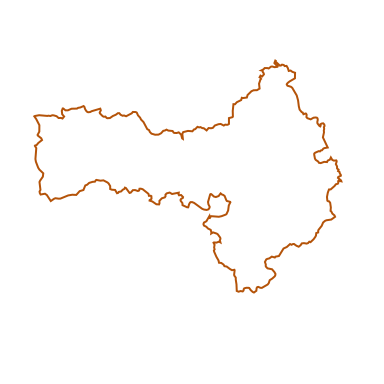 Luc Nam, Bắc Giang, Vietnam, rotated 168°
{"feature_id": "81297802B23878626253121", "entity_name": "Luc Nam", "entity_type": "district", "adm_level": 2, "iso_a3": "VNM", "parent_name": "Vietnam", "parent_adm1": "Bắc Giang", "projection": "albers", "projection_center": [106.454, 21.304], "detail": "fine", "context": "isolated", "style": "outline", "palette": "amber", "viewbox_px": 384, "rotation_deg": 168, "n_neighbors": 0, "source": "geoboundaries", "source_scale": "gbopen_adm2", "svg_char_len": 5983}
<svg xmlns="http://www.w3.org/2000/svg" viewBox="0 0 384 384"><g transform="rotate(168 192 192)"><path d="M198.3,255.7L202.4,257.0L204.0,258.3L205.6,257.8L207.4,257.8L210.0,255.9L212.8,255.1L216.2,255.7L219.5,257.5L220.8,259.6L221.1,261.4L222.7,262.8L224.9,270.5L226.8,273.5L227.3,275.5L228.9,278.2L229.5,281.1L230.4,281.9L233.2,282.6L234.6,281.5L240.7,279.8L242.6,281.0L244.0,281.0L245.8,282.4L246.7,284.2L248.1,284.5L250.5,283.4L253.6,282.8L256.9,281.4L259.5,281.8L260.1,282.2L261.0,283.8L262.5,283.9L263.6,284.7L265.7,288.0L265.8,288.8L264.2,290.9L264.4,292.6L273.3,291.9L275.0,291.4L277.0,291.6L277.8,292.1L278.7,293.5L279.3,295.3L279.6,297.8L280.2,298.6L283.7,297.9L285.9,298.0L287.2,297.5L292.5,298.5L296.4,297.7L298.8,298.2L300.6,300.5L301.1,300.6L302.5,298.4L302.8,295.0L301.4,292.4L303.4,290.8L304.8,291.7L307.1,292.1L308.7,294.3L311.5,295.8L312.8,296.1L314.7,295.8L316.6,296.5L317.7,296.5L325.6,298.9L329.9,299.0L330.5,298.8L329.2,295.7L327.4,289.1L328.8,282.8L331.2,279.9L331.1,279.3L328.3,275.9L327.9,274.0L332.0,272.0L334.3,270.2L335.8,270.1L336.1,269.8L335.2,267.3L338.3,256.8L338.4,254.0L337.4,247.7L336.6,245.6L333.6,241.2L334.7,238.0L338.2,234.7L339.1,233.5L339.8,225.6L341.0,224.2L341.1,222.6L340.6,221.0L336.2,220.9L334.6,219.2L332.0,212.5L328.2,214.1L326.9,214.3L323.8,213.2L322.1,212.9L313.8,214.4L309.6,214.2L305.8,213.2L301.7,216.2L297.8,216.5L295.0,220.6L293.1,220.9L290.7,222.3L287.0,222.6L284.8,222.3L283.6,223.5L283.0,223.7L279.2,222.1L276.2,221.8L272.7,218.9L271.8,217.7L270.8,214.8L271.4,211.9L269.9,210.9L266.8,210.0L265.6,206.4L264.4,206.5L263.6,207.3L261.2,207.3L259.3,208.6L257.5,209.1L256.7,210.2L255.8,209.6L253.3,204.1L252.1,204.1L249.4,206.1L247.2,205.7L244.7,204.2L243.4,204.5L242.7,206.1L241.4,205.9L239.7,205.0L235.0,199.3L234.9,197.2L233.1,196.9L232.6,196.4L233.0,193.9L233.7,193.3L235.1,192.9L235.3,192.4L232.8,191.0L229.4,187.4L226.8,186.7L226.2,187.6L225.7,190.1L222.8,192.1L219.7,192.4L218.8,193.3L218.5,194.9L217.1,195.9L214.0,196.1L211.9,194.2L205.1,194.1L205.7,192.5L205.4,191.5L203.3,191.3L201.8,188.9L202.2,188.1L204.1,187.5L204.9,186.6L204.9,185.7L203.7,183.1L204.0,181.1L200.0,178.1L198.9,177.8L197.4,180.6L196.2,182.0L195.5,182.4L194.0,182.1L192.2,180.9L185.4,173.3L183.8,172.3L181.4,171.4L179.5,171.6L178.1,173.0L177.8,173.9L178.5,176.5L178.4,178.9L174.7,185.9L174.0,186.1L173.5,185.8L171.5,183.0L169.7,182.1L166.8,182.5L164.3,184.7L163.1,183.2L162.0,182.6L160.9,181.3L160.2,177.1L159.8,176.0L156.7,174.4L156.6,174.0L158.8,171.2L160.5,166.4L162.8,163.3L163.6,162.9L168.1,162.2L170.9,162.2L178.4,164.4L180.0,162.8L180.3,162.9L180.1,164.7L184.0,160.4L186.7,159.6L187.5,158.2L187.3,156.7L185.2,155.0L183.9,152.9L181.6,151.1L181.4,148.4L181.8,147.4L179.8,148.1L176.5,146.2L175.6,145.3L173.9,141.5L173.9,140.3L174.8,138.9L174.7,136.8L175.9,137.8L178.6,137.4L181.0,138.1L181.5,137.9L180.9,135.7L181.9,133.1L181.8,131.2L182.8,130.1L182.7,128.8L181.6,123.5L180.3,119.5L180.3,117.2L178.1,116.5L176.2,114.4L175.7,112.7L173.6,111.9L170.9,108.8L169.1,107.2L166.7,107.1L166.6,106.5L168.0,102.3L168.0,101.4L167.0,99.2L167.4,97.3L167.7,92.4L168.8,85.9L167.2,84.8L165.0,85.0L163.1,84.2L162.1,84.9L161.6,86.2L160.9,86.9L158.9,87.0L156.8,86.6L156.0,86.2L154.9,83.7L153.4,81.6L152.3,80.8L149.6,82.0L148.8,84.5L147.9,85.4L146.9,85.4L145.1,84.1L143.6,83.7L137.2,85.8L135.9,86.9L134.3,89.6L131.6,90.6L128.6,92.3L127.8,93.3L127.4,94.5L128.0,96.5L129.8,99.8L134.0,101.6L135.2,103.6L135.3,104.3L134.9,105.7L135.2,108.4L133.4,110.6L132.4,110.9L130.2,111.0L127.4,112.2L124.6,110.7L123.8,111.4L120.3,111.3L114.2,117.7L110.7,118.5L106.9,120.7L105.7,119.7L104.0,120.1L103.0,119.9L101.0,117.7L99.0,116.3L96.8,117.4L95.3,118.9L93.1,118.7L90.6,117.7L89.1,117.9L87.6,119.0L86.5,118.3L82.9,120.5L80.8,122.4L79.8,123.6L79.0,126.0L77.0,126.2L76.6,127.9L76.1,128.7L72.2,131.9L70.1,134.9L67.9,136.1L66.4,136.4L61.5,136.1L57.2,138.0L57.5,139.5L59.2,141.7L59.8,144.0L60.4,144.7L59.4,148.0L59.1,152.7L59.8,154.3L60.8,154.7L61.4,155.4L61.0,159.1L59.3,163.1L57.5,166.0L55.8,165.7L51.2,168.3L49.8,169.6L47.6,169.8L46.9,170.7L46.8,172.2L46.3,172.6L43.7,171.4L43.8,172.3L46.3,175.5L45.8,176.3L43.0,177.0L42.9,177.9L43.5,179.3L43.6,181.1L44.8,182.1L44.0,183.4L45.2,184.8L44.8,186.9L45.5,189.4L44.2,191.6L44.1,192.3L44.3,192.9L46.7,193.2L48.1,194.2L49.0,196.9L50.4,195.0L52.7,194.5L53.7,193.2L56.4,194.0L60.1,193.5L61.8,194.2L62.2,195.5L64.3,197.7L64.8,199.1L64.7,203.2L64.4,204.2L63.4,204.8L59.6,205.6L58.4,205.1L57.5,205.8L56.2,205.8L54.5,207.1L53.4,207.4L50.0,207.3L52.6,218.2L50.5,222.9L50.3,224.7L49.6,226.2L49.5,228.0L48.6,229.1L48.6,230.6L49.4,231.9L50.9,232.0L52.2,231.6L52.4,230.1L52.9,229.5L53.6,230.1L55.0,233.0L54.9,234.4L54.0,236.4L53.9,237.9L54.4,238.7L55.6,239.2L57.7,239.4L60.8,238.4L63.8,240.2L64.5,241.5L63.8,243.7L64.1,244.9L64.7,245.2L66.8,244.9L67.2,246.7L68.1,247.3L69.6,250.2L69.7,253.6L69.2,259.6L69.5,264.7L72.3,273.1L73.4,274.4L76.5,276.1L77.0,277.4L76.8,277.9L75.7,278.8L73.7,279.8L67.7,281.8L66.4,287.2L68.8,288.6L70.3,290.3L72.2,290.3L72.5,293.3L73.3,295.7L75.2,295.9L75.9,297.2L77.4,297.8L77.9,297.8L78.4,297.3L79.7,297.3L83.2,302.2L82.8,302.8L83.2,303.2L84.6,301.0L83.3,298.7L82.2,297.7L82.1,296.9L82.4,296.7L85.2,296.9L87.5,298.1L88.6,298.2L91.3,296.9L92.6,297.6L95.2,298.1L96.6,297.1L98.9,296.5L97.7,295.9L97.8,294.4L97.2,293.3L97.2,292.1L99.4,290.4L100.8,291.6L102.0,290.2L101.5,289.8L100.9,288.3L101.6,287.9L103.9,284.0L104.4,279.1L107.3,278.1L110.6,278.7L112.9,278.2L117.5,275.3L118.7,273.0L122.7,273.3L123.7,273.8L124.8,271.7L129.5,270.5L131.7,268.9L133.2,269.3L135.3,262.8L136.3,257.4L136.8,256.8L140.5,256.6L141.7,250.9L142.6,250.5L143.7,250.4L145.5,251.0L147.1,250.4L149.8,252.6L152.0,252.8L155.8,252.3L158.3,250.4L160.1,250.4L162.5,251.1L164.9,249.2L167.3,252.0L168.6,252.3L170.2,253.7L171.6,253.7L173.1,254.6L175.8,252.8L177.0,252.8L179.0,251.3L183.3,252.6L188.2,252.4L189.4,250.8L189.9,245.9L190.5,246.5L190.7,250.4L192.6,253.1L194.6,252.9L196.9,253.4L197.6,253.9L198.3,255.7Z" fill="none" stroke="#b45309" stroke-width="2"/></g></svg>